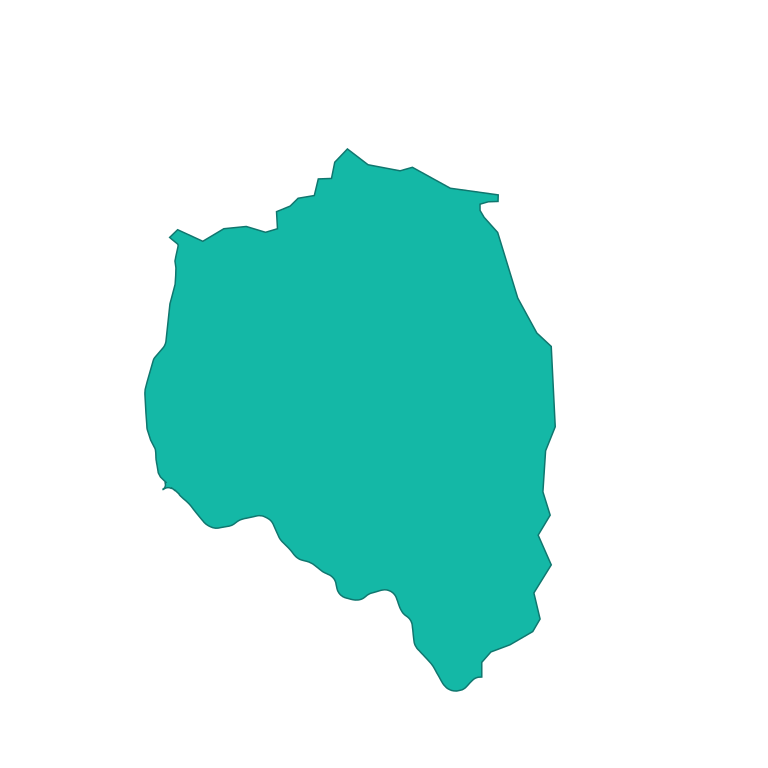 outline of Cerro Chato, Treinta y Tres, Uruguay, rotated 303°
{"feature_id": "84410073B20203965418101", "entity_name": "Cerro Chato", "entity_type": "district", "adm_level": 2, "iso_a3": "URY", "parent_name": "Uruguay", "parent_adm1": "Treinta y Tres", "projection": "natural_earth1", "projection_center": [-55.112, -33.151], "detail": "fine", "context": "isolated", "style": "filled", "palette": "teal", "viewbox_px": 768, "rotation_deg": 303, "n_neighbors": 0, "source": "geoboundaries", "source_scale": "gbopen_adm2", "svg_char_len": 5187}
<svg xmlns="http://www.w3.org/2000/svg" viewBox="0 0 768 768"><g transform="rotate(303 384 384)"><path d="M390.2,124.4L389.8,127.0L389.1,133.7L388.9,134.9L388.2,135.8L386.8,136.5L376.7,140.3L376.1,140.6L373.3,141.7L368.0,146.3L361.4,150.3L353.9,154.5L341.2,158.7L334.7,160.8L300.6,178.1L299.6,178.4L298.8,178.7L298.0,178.8L297.0,179.0L296.0,179.1L295.0,179.1L294.0,179.0L281.9,177.4L280.8,177.3L279.9,177.3L278.7,177.5L277.6,177.8L257.0,184.1L250.4,186.3L249.3,186.7L247.1,187.9L246.5,188.2L245.9,188.6L245.0,189.2L232.4,198.4L229.8,200.3L220.7,207.2L218.1,209.1L217.3,209.8L216.4,210.8L215.6,211.8L211.2,217.2L209.9,218.8L208.8,220.7L206.8,224.2L206.1,225.4L205.5,226.6L205.0,227.3L204.6,227.8L204.1,228.3L201.8,230.2L199.4,231.9L197.8,233.0L197.3,233.4L196.6,233.9L195.8,234.6L195.1,235.3L194.0,236.2L192.9,237.3L191.6,238.5L189.4,240.5L187.2,242.5L186.7,242.9L186.6,243.1L186.4,243.3L184.4,246.9L184.2,247.4L183.7,249.9L183.2,252.4L182.8,254.8L182.4,254.6L182.0,254.5L181.8,254.3L181.4,254.8L181.0,255.2L180.5,255.5L179.9,255.9L179.6,256.1L178.3,256.4L177.6,256.5L177.3,256.5L176.8,256.4L176.1,256.2L175.7,256.0L175.5,255.9L175.2,256.2L175.3,256.3L176.0,256.6L176.6,256.9L177.2,257.2L177.8,257.6L178.3,258.0L178.9,258.6L179.3,259.1L179.6,259.6L180.1,260.4L180.3,261.1L180.5,261.8L180.5,262.3L181.1,262.4L181.0,264.6L180.8,266.6L181.1,266.6L180.4,270.3L180.2,272.1L179.8,272.3L179.2,274.3L178.5,278.4L178.1,281.7L177.6,284.4L177.3,285.8L176.9,287.3L176.3,289.2L175.0,292.7L173.7,296.6L172.1,301.6L171.0,305.1L170.3,307.5L169.9,308.6L169.8,309.5L169.6,310.3L169.5,311.5L169.5,312.5L169.5,313.9L169.6,315.1L169.8,316.4L170.0,317.5L170.1,317.8L170.2,318.5L170.6,319.5L171.0,320.5L171.4,321.4L172.0,322.2L172.6,323.1L173.2,323.8L173.9,324.5L174.7,325.3L175.9,326.6L177.1,327.9L178.6,329.5L179.7,330.7L180.4,331.5L180.9,331.9L181.5,332.4L182.0,332.8L182.6,333.3L183.5,333.8L184.3,334.2L184.9,334.5L185.8,334.8L187.7,335.5L189.1,336.0L189.8,336.4L190.5,336.7L191.4,337.2L192.2,337.8L193.1,338.5L193.8,339.1L194.5,339.7L195.3,340.4L196.4,341.6L198.4,343.6L200.7,345.9L201.7,346.9L203.1,348.2L203.9,349.0L204.5,349.6L205.1,350.3L205.5,350.9L205.9,351.4L206.2,352.1L206.6,352.8L207.0,353.6L207.3,354.5L207.5,355.4L207.6,356.2L207.9,358.2L208.0,360.0L208.0,360.8L208.0,361.6L207.9,362.5L207.7,363.5L207.4,364.5L207.0,365.6L206.5,366.6L205.9,367.7L205.2,368.7L204.5,369.8L202.6,372.7L201.3,374.7L200.0,376.8L199.0,378.3L198.5,379.1L198.1,379.7L197.7,380.6L197.3,381.4L196.8,382.8L196.4,384.1L196.2,384.9L196.0,386.0L195.6,387.9L195.2,389.8L194.8,391.8L194.5,393.2L194.1,394.7L193.7,396.2L193.1,398.0L192.5,399.7L191.9,401.3L191.6,402.5L191.3,403.6L191.1,404.7L191.0,405.9L191.0,407.1L191.0,408.5L191.3,409.9L191.7,411.4L192.4,413.5L193.3,416.1L193.6,417.3L193.9,418.3L194.0,419.6L194.2,421.1L194.3,422.1L194.2,423.8L194.1,425.2L193.9,427.2L193.8,428.6L193.6,430.3L193.4,432.5L193.2,434.6L193.3,435.8L193.4,437.2L193.7,439.0L193.9,440.9L194.1,441.8L194.2,442.7L194.2,443.8L194.1,444.9L193.9,446.2L193.5,447.6L193.1,448.7L192.4,450.0L191.7,451.0L191.0,451.9L190.0,452.8L188.5,454.3L187.0,455.8L186.3,456.6L185.7,457.3L185.2,458.0L184.8,458.8L184.2,459.9L183.8,461.1L183.5,462.2L183.3,463.3L183.3,464.6L183.2,465.4L183.4,466.4L183.5,467.4L183.8,468.4L184.0,469.1L184.5,470.5L185.3,473.1L185.9,474.8L186.6,476.4L187.2,477.6L188.0,478.8L189.0,480.2L190.0,481.2L190.9,482.0L191.9,482.7L193.0,483.3L194.2,483.8L196.3,484.5L197.4,484.8L198.2,485.1L199.1,485.6L199.9,486.0L200.6,486.4L201.4,487.0L202.4,487.9L204.1,489.4L205.6,490.7L208.0,492.7L209.6,494.1L210.4,495.0L211.0,495.7L211.7,496.5L212.2,497.4L212.8,498.5L213.2,499.7L213.5,501.0L213.7,502.1L213.8,503.2L213.7,504.5L213.6,505.7L213.3,506.8L212.9,508.1L212.3,509.4L211.5,510.7L210.4,512.1L209.1,513.9L207.9,515.3L206.1,517.7L205.2,518.9L204.5,520.0L203.9,521.0L203.4,522.0L202.7,523.4L202.2,524.6L202.0,525.6L201.7,526.7L201.6,527.8L201.5,530.2L201.4,531.2L201.2,532.1L201.1,532.8L200.8,533.7L200.4,534.6L199.9,535.7L199.1,536.8L198.5,537.7L197.7,538.5L196.8,539.3L195.4,540.4L193.3,542.2L190.0,544.8L187.2,547.1L185.3,548.7L183.9,549.9L183.3,550.5L182.7,551.2L182.1,552.0L181.6,552.8L181.2,553.7L180.8,554.5L180.3,555.5L180.0,556.5L179.7,557.7L179.5,558.9L179.1,560.3L178.6,562.2L178.2,564.1L177.5,566.8L176.8,569.7L176.0,572.7L175.4,575.0L174.8,576.9L174.3,578.0L174.0,578.9L172.7,581.5L170.5,585.5L168.6,589.3L166.1,593.9L164.9,596.3L164.2,598.0L163.7,600.1L163.3,601.8L163.2,603.3L163.4,605.4L163.8,607.6L164.7,609.8L166.1,612.2L168.4,614.5L170.1,616.1L171.8,617.0L173.5,617.7L176.6,618.3L179.9,618.8L182.4,619.3L184.9,619.9L186.4,620.5L187.8,621.4L189.3,622.6L190.2,623.8L191.5,625.6L203.8,617.6L217.5,619.6L233.9,631.7L257.4,643.6L271.9,642.9L290.4,623.5L323.4,622.8L341.2,595.6L364.5,594.8L380.1,576.0L416.0,555.9L441.4,550.9L506.6,503.8L510.0,484.4L528.9,449.4L573.0,396.8L578.3,377.2L581.9,370.0L587.1,366.6L593.6,372.2L599.2,380.2L604.8,376.8L584.3,333.0L581.2,289.8L571.5,281.3L559.2,251.2L561.2,225.3L543.2,221.9L527.8,228.0L520.2,217.2L504.1,222.9L493.0,210.8L482.1,208.4L470.0,200.0L456.2,210.1L446.7,202.0L441.1,182.7L427.0,165.1L405.0,154.3L401.0,126.9L390.2,124.4Z" fill="#14b8a6" stroke="#0f766e" stroke-width="1.5"/></g></svg>